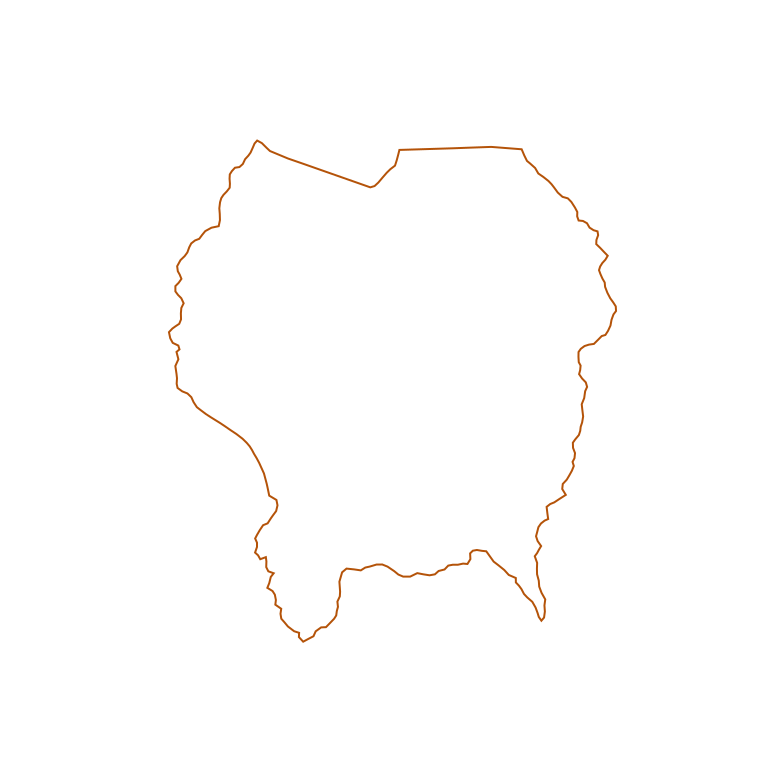 the district of Silva Jardim, Rio de Janeiro, Brazil, rotated 112°
{"feature_id": "56859067B6449938642044", "entity_name": "Silva Jardim", "entity_type": "district", "adm_level": 2, "iso_a3": "BRA", "parent_name": "Brazil", "parent_adm1": "Rio de Janeiro", "projection": "mercator", "projection_center": [-42.381, -22.568], "detail": "fine", "context": "isolated", "style": "outline", "palette": "amber", "viewbox_px": 768, "rotation_deg": 112, "n_neighbors": 0, "source": "geoboundaries", "source_scale": "gbopen_adm2", "svg_char_len": 3886}
<svg xmlns="http://www.w3.org/2000/svg" viewBox="0 0 768 768"><g transform="rotate(112 384 384)"><path d="M653.2,362.4L648.5,358.5L644.3,354.9L638.9,354.7L633.2,351.1L631.2,346.7L626.3,344.7L620.3,342.3L616.5,341.6L612.2,342.7L607.9,343.2L603.2,345.7L597.5,345.4L593.0,346.9L584.0,351.3L574.3,352.3L569.2,349.6L567.1,342.3L565.5,335.7L561.2,332.6L558.6,328.8L554.2,323.3L552.0,318.0L552.0,312.3L553.7,304.4L555.3,299.3L555.4,294.0L552.8,287.6L546.9,282.3L545.7,276.1L544.3,270.1L541.4,265.5L536.9,263.3L533.3,258.4L528.3,256.4L525.8,252.5L523.9,247.8L520.9,243.4L519.6,239.2L514.0,238.3L508.8,240.7L505.3,239.2L503.1,235.7L502.0,230.7L500.8,226.5L504.3,221.0L507.6,215.8L509.2,210.0L511.4,202.8L514.3,196.8L514.5,189.1L518.6,187.4L520.4,183.4L522.7,179.7L526.2,175.6L528.2,171.3L530.4,164.9L534.5,159.7L538.8,155.8L542.0,153.2L544.5,149.4L540.6,148.1L534.7,149.6L529.2,152.3L523.3,153.8L518.6,159.7L513.7,164.2L508.4,166.8L503.1,170.8L498.0,173.0L492.5,175.0L487.2,179.7L483.5,178.7L479.7,178.3L475.4,177.6L472.1,182.7L468.2,186.0L463.3,186.6L458.9,187.2L454.5,186.2L450.5,183.9L447.7,181.2L443.2,183.8L437.0,187.2L433.0,184.9L430.0,181.8L424.6,178.1L418.7,173.9L414.6,179.4L409.7,180.8L404.2,178.7L398.9,177.9L394.0,177.3L388.9,177.3L385.6,180.0L381.4,179.6L376.5,181.0L372.4,184.8L367.7,186.9L363.9,186.0L358.3,184.2L354.0,184.5L350.0,185.6L345.4,185.9L339.5,187.2L333.7,190.4L328.7,193.1L322.1,193.1L315.3,194.8L310.6,194.6L306.9,197.5L304.7,202.4L301.8,206.8L297.7,207.3L293.3,208.6L290.8,211.6L285.9,213.9L281.5,215.6L277.6,214.7L273.7,212.3L270.7,208.7L268.2,204.4L262.6,202.0L258.0,200.1L255.6,197.1L250.9,196.2L245.0,195.9L239.2,197.1L233.5,197.3L229.4,196.2L225.2,198.2L222.5,202.0L219.8,206.3L215.7,211.1L211.1,215.4L207.2,217.4L204.4,221.0L201.0,224.5L197.9,227.3L194.1,227.6L190.1,226.9L185.8,225.3L181.3,224.6L178.9,230.0L176.7,234.8L174.8,239.6L170.9,241.0L165.8,241.2L162.5,243.2L162.9,247.3L162.0,252.0L158.9,256.0L158.3,260.6L159.5,264.8L156.2,267.7L152.1,269.2L148.9,273.0L145.0,278.5L143.0,283.1L143.6,288.6L141.4,294.6L138.1,299.9L136.0,303.5L134.2,307.5L132.4,313.6L131.0,319.8L127.1,324.8L124.8,331.2L123.6,335.0L119.5,339.6L114.8,344.3L124.0,373.4L133.0,393.6L139.5,408.1L161.2,457.4L166.2,456.7L171.9,456.0L177.4,455.6L182.5,458.6L187.1,460.6L193.2,462.7L199.3,464.7L204.0,466.9L206.8,470.4L210.1,541.8L210.9,557.5L210.7,577.0L209.1,581.1L206.4,587.5L205.8,592.8L209.5,594.1L214.2,594.2L219.4,594.4L223.1,595.3L227.6,597.0L232.9,597.3L237.0,599.3L239.3,603.2L243.6,604.8L247.4,605.5L251.5,604.1L256.0,601.9L259.8,600.6L264.3,601.9L268.8,603.7L272.6,604.5L276.9,604.1L282.8,602.5L287.8,600.0L293.5,597.5L299.6,596.4L303.7,602.5L309.2,607.0L314.0,608.5L318.6,609.7L321.7,613.0L325.9,615.4L330.2,615.8L335.6,615.6L340.0,616.7L345.4,619.1L352.3,619.9L356.7,617.4L359.2,614.3L362.4,611.2L367.1,612.3L371.4,614.1L376.3,612.1L378.6,608.3L380.4,604.1L384.2,600.0L389.4,600.4L394.6,598.8L400.1,596.4L404.9,596.4L408.7,599.0L411.9,601.0L416.5,602.8L421.7,599.3L425.0,595.3L425.4,589.1L428.5,586.6L432.0,588.4L438.1,583.9L445.5,584.2L452.3,580.2L456.2,578.1L461.5,576.3L465.0,573.9L466.4,568.3L466.4,562.7L468.4,557.7L472.2,553.7L475.6,548.8L477.0,543.8L478.6,537.8L479.6,532.7L480.5,527.6L481.5,521.8L482.7,515.9L484.3,508.8L485.7,502.0L487.8,494.5L490.0,489.2L492.1,485.2L494.7,481.6L497.4,478.4L500.4,474.4L503.9,470.2L511.9,461.8L520.4,455.4L523.6,453.2L526.9,451.0L530.5,448.6L531.8,440.3L536.4,437.3L542.2,436.4L547.2,437.7L551.0,438.6L556.8,439.7L560.2,443.2L565.9,444.4L571.4,445.2L575.5,445.6L578.7,442.3L582.7,440.7L588.6,440.4L590.0,436.6L592.8,433.1L588.8,428.7L592.5,426.6L597.9,424.6L601.0,421.1L600.8,415.4L605.3,416.7L611.6,415.8L616.7,415.8L617.7,409.8L620.2,406.3L624.8,403.3L629.3,402.1L630.9,395.1L635.8,393.9L640.1,391.3L642.2,387.1L644.8,382.3L646.9,374.7L646.5,369.5L650.5,368.1L653.2,362.4Z" fill="none" stroke="#b45309" stroke-width="2"/></g></svg>